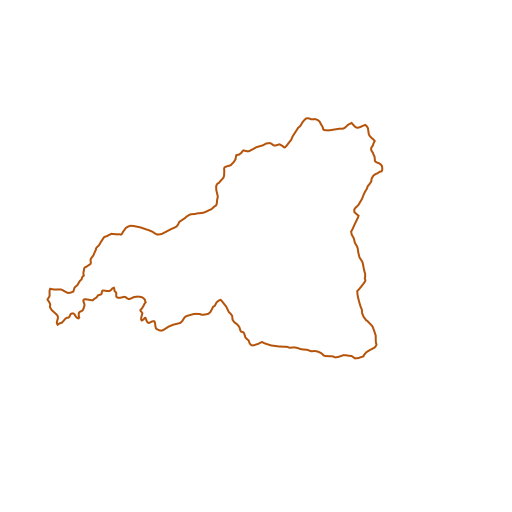 outline of Jangchhubling, Samdrup Jongkhar, Bhutan, rotated 35°
{"feature_id": "84629894B32677413197834", "entity_name": "Jangchhubling", "entity_type": "district", "adm_level": 2, "iso_a3": "BTN", "parent_name": "Bhutan", "parent_adm1": "Samdrup Jongkhar", "projection": "orthographic", "projection_center": [91.465, 26.935], "detail": "fine", "context": "isolated", "style": "outline", "palette": "amber", "viewbox_px": 512, "rotation_deg": 35, "n_neighbors": 0, "source": "geoboundaries", "source_scale": "gbopen_adm2", "svg_char_len": 6143}
<svg xmlns="http://www.w3.org/2000/svg" viewBox="0 0 512 512"><g transform="rotate(35 256 256)"><path d="M131.3,425.2L132.9,426.1L133.7,424.0L134.3,423.1L135.2,422.1L135.5,420.1L135.8,416.9L136.4,415.2L137.5,414.3L137.9,413.6L138.0,412.5L137.6,410.8L137.6,409.5L138.4,408.4L139.5,407.8L140.8,407.9L142.7,408.8L144.1,409.2L145.7,409.2L146.4,408.9L146.5,407.8L145.1,406.7L143.6,404.4L143.6,403.1L144.3,401.7L144.8,401.0L145.2,399.5L144.7,397.4L143.7,394.6L142.7,393.6L140.6,392.1L140.0,391.3L140.1,390.1L140.9,389.3L145.5,387.1L147.0,386.4L147.8,385.7L148.0,384.3L149.1,381.6L149.2,378.7L150.9,376.7L151.2,375.7L150.1,373.1L150.3,372.2L151.6,371.3L153.2,370.6L155.4,369.3L156.2,368.5L156.8,366.6L156.9,364.9L157.3,364.4L157.8,363.5L158.5,363.9L159.6,365.2L160.5,365.9L162.1,366.1L163.1,366.8L164.1,368.5L164.9,369.4L166.0,369.6L167.6,369.0L168.9,367.9L171.5,365.0L172.6,364.5L174.3,364.6L176.3,364.4L176.8,364.1L178.0,362.4L179.6,359.6L181.9,357.5L183.7,356.3L186.2,355.2L187.8,355.1L189.9,355.5L192.2,357.3L192.0,358.7L192.3,360.3L192.6,363.4L192.6,364.9L192.3,366.6L192.9,367.2L194.4,367.5L195.8,368.1L197.3,372.3L198.4,374.0L199.5,374.3L200.1,372.9L200.3,371.9L200.4,370.5L200.9,370.1L201.9,370.6L203.1,371.6L204.5,372.3L206.0,372.6L206.9,372.0L208.3,369.4L209.5,368.1L210.3,367.8L212.0,369.1L214.1,371.5L215.9,372.8L217.4,372.7L219.5,372.3L220.9,371.6L221.8,371.0L223.0,368.7L224.9,364.0L227.6,359.8L232.5,354.1L232.9,351.3L232.7,347.5L233.0,346.1L233.8,344.7L238.3,339.2L240.2,337.7L243.3,335.7L244.7,335.5L246.6,334.3L248.4,332.6L250.1,330.7L250.8,328.0L250.0,322.1L250.8,320.5L250.4,317.4L250.4,316.2L251.0,314.0L252.1,312.2L253.8,312.5L260.8,314.6L265.9,317.5L268.5,317.9L270.8,318.7L273.4,321.7L275.9,322.6L277.1,322.8L279.3,322.7L279.9,322.9L281.4,323.2L283.3,323.9L285.8,325.9L286.6,326.3L287.5,326.5L288.7,325.9L289.6,325.8L290.4,326.0L293.8,328.6L294.7,329.0L298.6,329.5L300.6,331.0L301.2,331.3L302.3,331.6L303.4,331.7L304.8,331.0L305.5,330.3L308.4,326.4L309.5,324.2L310.3,323.0L312.8,322.7L319.7,320.6L326.8,316.9L333.7,312.5L336.1,311.9L339.9,308.8L342.4,307.7L346.1,306.6L348.3,305.5L351.5,303.6L356.0,302.3L358.0,300.6L360.0,299.4L362.1,298.7L364.8,298.2L366.8,298.3L368.3,298.7L370.3,298.1L376.4,294.2L379.1,293.6L380.9,291.9L382.6,289.8L384.4,287.2L386.8,285.6L389.2,284.5L391.7,283.1L395.8,283.1L398.5,280.8L399.7,279.0L401.6,276.6L401.2,274.8L401.7,271.2L403.2,267.7L405.3,263.8L405.8,262.4L405.7,260.3L405.6,259.6L405.2,259.1L404.1,258.4L402.0,255.8L399.8,252.6L395.3,249.2L391.5,246.7L384.2,245.3L383.3,245.5L379.0,244.1L375.9,242.1L373.2,239.0L371.0,237.7L367.8,235.2L364.0,232.0L361.1,229.2L359.1,226.7L359.5,223.9L359.9,217.6L359.9,214.2L359.4,213.0L358.0,212.0L357.3,210.3L355.8,208.2L352.3,205.3L348.7,201.7L346.5,199.8L341.6,197.8L337.8,194.5L334.9,191.4L333.2,190.2L329.3,188.4L326.1,185.5L322.0,183.5L319.9,181.4L319.8,179.5L318.6,173.1L317.4,165.7L316.9,164.2L315.2,164.1L311.4,163.6L309.9,161.7L309.8,159.8L310.5,156.3L310.6,155.4L310.1,148.7L310.0,148.0L309.1,144.6L308.4,140.6L308.4,138.9L308.0,136.3L307.6,135.4L307.5,134.0L307.7,132.9L307.7,128.8L306.7,127.1L306.2,125.7L306.1,122.6L307.0,120.2L308.0,118.7L308.3,118.0L308.5,117.2L309.3,115.7L310.3,114.7L310.1,113.3L309.4,112.1L308.5,111.0L307.5,110.0L305.9,109.5L304.0,109.4L302.2,109.9L300.2,110.2L298.8,109.9L298.1,108.9L296.0,106.5L293.9,105.4L292.6,104.4L291.5,104.0L290.0,103.4L289.2,102.7L288.7,102.1L288.3,100.4L288.3,98.3L287.7,96.5L287.3,93.7L284.7,93.1L282.6,93.0L281.3,92.6L280.2,92.4L279.4,92.0L278.3,91.3L274.4,87.1L272.3,86.2L270.4,85.9L268.9,88.0L267.3,90.8L265.6,92.8L264.7,93.1L263.6,93.3L262.4,93.2L258.0,92.2L256.6,94.8L256.1,96.0L255.4,99.2L255.0,100.5L254.2,101.8L251.2,104.0L244.2,110.8L242.7,111.9L241.2,112.9L239.2,113.8L238.5,113.7L237.2,112.6L235.8,111.7L233.9,110.9L230.9,109.4L229.3,109.2L227.8,109.4L226.6,109.7L225.6,110.1L225.1,110.7L222.8,112.3L221.9,112.6L221.3,112.6L220.3,113.0L219.2,113.6L218.6,114.1L218.0,115.2L217.7,116.5L217.5,118.0L217.4,119.6L217.6,122.1L217.7,124.2L217.0,126.9L217.4,137.0L218.2,140.7L218.0,143.3L217.8,148.3L217.4,150.5L216.7,150.9L214.6,150.7L213.2,150.8L211.3,151.0L210.7,151.6L209.3,153.5L208.0,154.8L206.7,155.3L205.2,155.2L203.3,155.3L202.4,155.7L199.8,158.0L198.3,161.2L194.0,166.5L191.3,172.0L190.2,174.1L189.2,175.0L188.0,175.6L185.3,176.6L184.9,177.3L184.8,180.0L184.1,182.3L183.5,183.2L182.8,183.7L182.0,184.8L182.5,185.6L183.0,187.1L183.7,188.3L183.9,191.3L183.8,192.5L183.5,193.7L183.4,195.6L182.4,197.4L181.7,197.9L179.7,200.8L179.4,201.5L179.6,202.2L180.0,203.1L181.3,204.6L183.7,208.4L184.4,210.3L184.1,213.5L183.8,215.2L183.8,216.5L183.6,217.6L183.1,218.4L182.9,219.4L183.2,221.4L184.2,222.9L185.6,224.7L190.7,229.3L191.9,232.2L193.9,235.8L194.2,236.9L194.2,237.8L193.5,239.3L192.6,243.3L191.5,245.0L189.9,248.0L188.2,250.6L185.8,252.8L183.5,254.7L182.1,256.4L178.6,259.3L177.8,260.6L176.6,263.3L176.1,265.6L173.6,272.0L174.1,274.8L174.0,277.3L173.3,278.9L171.0,282.7L166.3,291.8L164.9,293.3L162.8,295.1L160.4,295.5L157.7,295.5L156.0,295.7L154.3,296.2L152.7,296.5L151.4,297.0L144.8,298.9L138.6,301.6L136.0,303.1L134.7,304.7L133.3,307.5L133.2,312.2L133.3,313.6L133.5,314.5L133.3,315.6L133.0,316.1L132.1,316.3L131.3,316.7L130.5,317.5L127.1,319.5L125.8,320.3L124.8,320.8L124.3,321.9L123.6,322.9L123.0,324.1L122.5,325.4L121.5,326.4L120.7,328.0L120.8,329.9L120.9,333.9L121.2,336.0L121.2,337.5L120.6,340.5L120.7,341.8L121.2,342.5L122.0,347.0L122.4,348.4L122.4,349.0L122.3,353.1L122.8,354.3L124.1,355.6L124.7,356.5L124.9,357.3L124.8,358.2L124.5,358.7L123.2,362.2L122.5,363.1L122.4,363.9L122.4,364.5L122.5,365.1L123.3,366.4L123.9,368.2L124.9,369.7L126.2,370.8L125.8,372.3L125.8,373.2L126.4,374.8L126.4,375.6L126.0,377.8L126.4,382.3L125.5,385.8L125.9,387.3L126.8,389.9L124.8,392.8L123.7,393.7L122.6,394.3L118.8,394.8L117.0,394.9L115.2,395.4L110.1,399.1L107.8,400.3L106.8,400.6L106.2,400.9L106.7,402.7L109.6,406.8L110.0,407.9L110.1,409.5L110.1,411.1L110.9,411.7L112.1,411.9L114.0,412.9L115.1,413.6L115.6,414.2L116.2,415.6L116.6,416.1L119.7,417.5L126.2,418.3L128.0,418.9L128.9,419.8L129.5,420.8L129.8,421.7L130.5,423.6L131.3,425.2Z" fill="none" stroke="#b45309" stroke-width="2"/></g></svg>